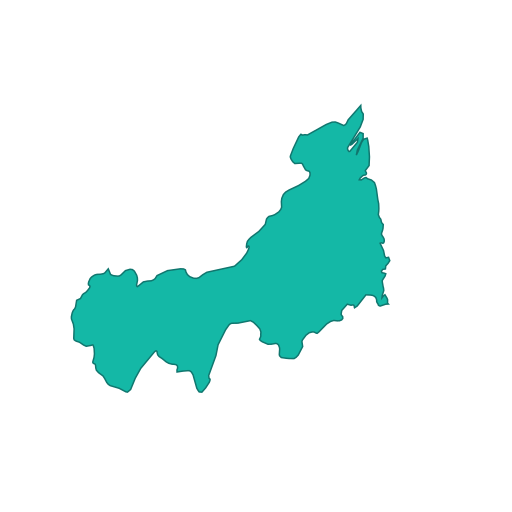 the border of Aust-Agder, rotated 297°
{"feature_id": "NOR-912", "entity_name": "Aust-Agder", "entity_type": "County", "adm_level": 1, "iso_a3": "NOR", "parent_name": "Norway", "parent_adm1": "", "projection": "natural_earth1", "projection_center": [8.022, 58.924], "detail": "fine", "context": "isolated", "style": "filled", "palette": "teal", "viewbox_px": 512, "rotation_deg": 297, "n_neighbors": 0, "source": "natural_earth", "source_scale": "10m", "svg_char_len": 4762}
<svg xmlns="http://www.w3.org/2000/svg" viewBox="0 0 512 512"><g transform="rotate(297 256 256)"><path d="M437.7,281.0L435.5,282.2L432.7,284.5L431.2,287.1L426.4,289.4L418.3,290.3L394.3,288.4L393.0,288.9L391.8,290.2L391.3,291.5L391.9,292.1L403.3,294.7L407.0,293.5L399.2,290.8L397.3,289.6L413.4,292.5L413.7,295.9L409.5,298.0L396.5,298.2L391.4,299.6L395.7,299.5L405.1,298.5L408.9,298.9L411.5,301.5L410.0,302.9L404.7,306.8L395.8,312.1L387.9,315.7L381.8,314.6L381.1,315.2L380.6,316.1L380.0,316.8L379.1,317.1L378.0,316.8L376.8,315.2L376.0,314.6L372.5,313.4L370.8,313.4L371.6,315.3L374.7,317.1L375.9,318.4L375.5,320.3L376.1,324.3L375.2,328.2L373.0,330.5L370.4,332.8L361.6,338.9L358.2,341.6L354.1,343.9L351.7,345.0L348.4,346.2L346.4,348.4L345.4,350.5L342.8,352.7L341.8,355.1L338.3,356.6L336.3,357.1L334.1,357.4L332.5,357.8L331.4,359.1L330.5,360.8L329.3,362.4L327.6,363.5L325.9,363.8L324.9,363.3L324.8,361.9L323.7,360.8L318.8,367.1L314.3,370.7L313.3,372.6L315.0,374.7L312.6,377.3L309.5,377.0L306.1,376.1L303.2,377.2L301.6,375.0L299.5,374.6L298.3,375.8L298.9,377.9L299.1,379.7L296.7,380.1L291.6,379.6L290.4,380.2L286.5,383.1L285.3,384.2L283.3,385.5L278.2,386.4L276.0,387.2L277.1,387.4L279.0,388.0L280.0,388.5L278.0,391.7L276.8,393.1L273.7,394.6L273.3,395.7L271.9,393.4L267.8,389.4L267.6,388.5L267.8,387.3L268.7,386.4L269.4,385.1L270.0,384.4L270.5,384.0L271.2,383.7L272.1,383.0L273.5,381.4L273.9,379.4L273.9,378.0L273.3,376.0L271.3,371.6L257.4,368.9L254.6,367.3L255.1,366.8L255.9,366.3L256.5,365.7L256.5,364.8L255.9,363.8L255.3,363.1L255.0,361.8L254.5,359.2L246.4,357.1L242.7,358.3L242.0,359.3L241.3,360.8L239.7,361.7L237.9,361.3L236.2,359.8L235.1,357.8L233.9,354.6L231.6,352.2L227.5,349.8L216.9,346.5L214.9,345.6L214.6,344.8L214.6,342.2L213.8,340.5L211.7,338.2L208.1,336.5L202.2,335.5L200.7,335.7L196.5,338.7L186.9,338.6L183.9,337.7L181.9,336.5L179.8,332.3L178.7,329.6L177.0,324.6L177.8,322.3L178.8,321.5L183.9,319.3L185.3,318.3L187.0,316.4L187.4,314.7L187.1,313.3L184.4,309.7L182.8,306.7L182.4,300.6L182.7,298.1L183.4,296.9L185.1,296.9L186.0,296.8L186.9,296.6L188.7,295.6L189.7,295.3L190.9,294.5L192.8,292.5L194.5,288.1L195.8,283.8L195.9,280.4L188.0,270.4L185.1,265.0L184.0,263.9L182.2,263.2L176.5,262.4L159.7,262.5L149.1,265.5L128.0,268.1L125.7,269.7L125.4,271.0L124.0,271.5L122.2,271.7L115.6,271.0L110.1,269.6L109.1,267.1L109.9,265.5L111.3,263.3L121.5,253.9L123.3,251.1L123.6,248.8L122.8,247.2L120.2,243.0L116.8,238.3L118.6,237.3L120.7,237.0L122.5,235.8L122.9,234.3L122.4,232.4L121.5,230.3L120.8,227.0L120.9,224.0L122.0,218.9L122.4,215.3L123.3,213.3L124.5,212.2L126.0,211.1L126.2,210.2L125.6,209.5L124.3,209.0L103.5,204.3L92.2,203.9L80.1,204.9L76.4,203.3L75.9,201.8L76.0,194.1L74.3,184.9L74.6,182.6L75.6,180.4L78.2,176.7L79.7,174.1L80.6,168.6L81.8,165.6L83.6,164.0L85.7,162.7L86.4,162.0L86.7,161.1L86.5,160.4L86.8,159.1L87.8,158.6L92.2,157.7L95.4,156.5L100.2,153.7L101.9,152.1L102.7,151.1L102.6,150.9L102.5,150.7L102.2,150.3L101.3,149.4L98.5,145.7L98.4,142.8L99.0,138.3L98.9,136.7L98.6,135.3L98.5,133.6L98.8,132.0L99.9,131.0L108.5,127.0L112.4,124.2L116.2,120.1L118.0,119.1L121.7,118.1L123.9,117.9L125.4,118.0L126.4,118.4L127.8,118.4L128.9,118.3L135.1,116.3L138.4,118.9L142.8,119.0L144.1,119.5L146.4,120.9L148.5,121.5L152.1,122.2L153.5,121.9L154.2,121.1L154.2,119.9L155.2,119.2L156.9,118.7L160.6,118.5L162.5,119.0L164.4,120.0L165.8,120.9L166.8,121.9L167.5,122.8L169.2,125.8L171.1,128.2L172.4,129.0L177.5,130.2L173.6,134.7L173.5,136.0L173.8,138.1L175.3,142.0L176.3,143.4L177.8,144.3L183.7,146.3L187.0,149.8L187.8,152.1L187.3,154.5L184.7,158.4L182.7,160.2L180.4,161.5L176.3,162.6L175.1,163.3L174.8,164.1L175.9,164.8L181.8,167.4L184.4,170.7L186.4,174.0L188.2,175.5L190.0,176.4L193.6,176.7L202.8,183.8L210.3,194.5L211.6,197.4L211.6,199.4L210.0,200.8L208.3,203.3L207.5,206.3L207.9,210.6L209.1,213.2L210.8,215.0L215.2,217.1L219.2,219.6L236.9,241.2L237.4,241.6L246.2,245.0L254.4,246.4L258.2,246.3L260.6,245.9L261.4,245.3L261.5,244.7L261.1,244.3L260.5,244.2L259.5,244.2L259.2,243.9L259.7,243.3L262.6,242.2L265.2,241.7L267.8,242.2L270.3,243.0L279.2,247.4L288.4,249.9L293.7,248.6L295.5,248.9L297.2,249.6L299.4,252.2L301.3,253.9L305.6,256.3L308.6,256.9L311.1,256.7L316.0,253.9L319.1,252.8L323.3,252.5L326.4,253.4L329.8,255.5L338.2,262.0L344.9,266.1L349.0,267.8L352.2,267.5L353.5,267.0L354.8,266.2L355.5,265.2L355.6,264.1L355.2,263.0L355.2,261.9L355.3,261.0L357.7,257.4L359.1,255.6L359.3,254.5L358.7,253.1L356.0,248.6L356.7,245.9L358.2,243.3L359.7,241.7L359.8,241.6L360.0,241.5L361.1,241.2L368.7,240.4L381.5,240.0L384.8,240.7L384.9,241.2L384.9,241.6L384.9,241.8L384.6,242.3L386.3,244.5L387.2,246.9L405.1,258.9L409.8,263.0L410.7,264.6L411.4,265.8L411.8,268.7L412.1,275.0L413.1,275.7L414.9,276.4L419.3,276.3L437.7,281.0Z" fill="#14b8a6" stroke="#0f766e" stroke-width="1.5"/></g></svg>